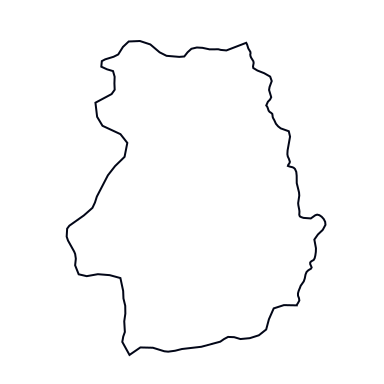 the Province of Van, rotated 354°
{"feature_id": "TUR-3048", "entity_name": "Van", "entity_type": "Province", "adm_level": 1, "iso_a3": "TUR", "parent_name": "Turkey", "parent_adm1": "", "projection": "mercator", "projection_center": [43.807, 38.569], "detail": "fine", "context": "isolated", "style": "outline", "palette": "ink", "viewbox_px": 384, "rotation_deg": 354, "n_neighbors": 0, "source": "natural_earth", "source_scale": "10m", "svg_char_len": 2263}
<svg xmlns="http://www.w3.org/2000/svg" viewBox="0 0 384 384"><g transform="rotate(354 192 192)"><path d="M261.5,49.3L262.2,51.1L263.0,55.1L264.7,58.8L264.7,60.2L264.3,61.4L264.4,63.1L264.9,64.7L266.7,68.4L266.8,70.1L265.8,73.5L265.9,75.1L269.7,78.0L276.2,81.4L281.8,85.4L282.9,90.0L280.1,95.7L279.3,98.6L280.7,106.0L279.3,108.2L276.9,110.2L274.9,113.7L275.7,115.0L276.1,116.3L276.7,119.1L277.6,120.5L278.9,121.5L280.0,122.7L280.1,124.4L280.1,125.9L280.5,127.3L281.2,128.8L282.6,132.9L284.5,135.7L286.9,138.0L294.6,141.7L295.3,147.2L291.4,160.7L290.8,164.4L291.0,166.8L291.8,169.0L292.5,172.3L291.8,173.7L290.6,175.0L290.1,176.1L292.0,177.0L294.6,177.9L295.7,178.6L296.8,179.8L297.8,182.9L297.8,186.8L297.1,194.1L298.4,203.6L298.3,206.8L296.4,214.2L296.4,216.4L296.8,221.1L296.8,222.8L296.3,225.9L296.7,227.5L298.0,228.4L300.2,229.4L307.4,230.7L312.2,228.0L314.1,227.6L316.3,228.4L318.4,230.2L320.2,232.7L321.3,235.6L321.3,238.6L318.1,243.3L312.8,247.4L308.7,252.1L309.4,260.9L308.9,264.5L308.0,268.1L307.0,270.8L305.9,272.3L303.4,273.4L302.2,274.4L302.0,276.0L303.1,279.5L302.3,280.7L299.5,282.0L297.6,283.5L296.3,285.9L295.1,289.8L293.8,292.6L290.3,296.6L289.0,299.2L288.9,299.3L287.7,301.6L286.8,303.9L286.6,306.2L287.3,308.8L287.4,311.1L286.1,313.1L284.6,315.0L284.4,315.7L271.6,314.1L261.1,316.3L255.2,326.6L251.4,336.5L243.5,341.5L234.2,343.4L224.8,343.3L218.8,340.8L212.7,339.9L208.5,341.6L204.5,343.8L185.1,346.9L165.6,347.1L158.6,348.1L151.6,348.3L147.8,347.5L136.8,342.8L124.4,341.2L112.8,347.5L107.0,333.8L108.5,328.6L110.6,324.2L111.1,313.5L113.0,306.0L113.7,298.2L112.7,290.7L113.2,283.2L111.8,270.1L101.5,266.1L89.8,263.9L78.5,264.7L70.7,262.0L68.1,252.7L69.5,246.2L69.3,241.4L68.6,239.0L63.6,227.3L62.7,223.3L64.0,215.4L66.5,212.7L82.0,204.0L91.3,197.4L94.4,192.3L96.9,186.6L110.1,166.6L118.2,158.2L128.6,150.0L132.8,136.4L126.9,127.0L109.9,116.8L105.5,107.3L105.3,93.1L122.3,86.2L125.8,82.2L126.2,75.8L127.1,69.3L126.1,63.5L120.3,61.1L114.9,57.9L116.0,52.4L119.5,51.0L128.2,49.3L133.0,47.5L138.5,40.5L144.8,35.7L156.0,36.4L166.0,40.9L174.4,49.7L180.9,53.9L193.5,56.3L198.5,56.4L202.2,52.6L206.4,49.5L211.9,48.8L217.4,49.7L224.5,52.0L233.1,52.8L235.5,53.7L241.0,54.8L261.5,49.3L261.5,49.3Z" fill="none" stroke="#020617" stroke-width="2"/></g></svg>